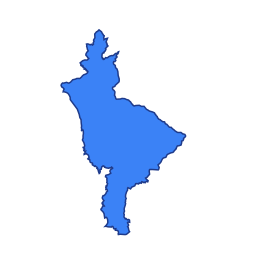 Florián, Santander, Colombia, rotated 255°
{"feature_id": "7082276B44314781423547", "entity_name": "Florián", "entity_type": "district", "adm_level": 2, "iso_a3": "COL", "parent_name": "Colombia", "parent_adm1": "Santander", "projection": "orthographic", "projection_center": [-73.956, 5.787], "detail": "fine", "context": "isolated", "style": "filled", "palette": "blue", "viewbox_px": 256, "rotation_deg": 255, "n_neighbors": 0, "source": "geoboundaries", "source_scale": "gbopen_adm2", "svg_char_len": 5743}
<svg xmlns="http://www.w3.org/2000/svg" viewBox="0 0 256 256"><g transform="rotate(255 128 128)"><path d="M27.4,102.7L28.7,102.3L31.8,102.5L32.9,102.1L33.5,103.1L34.1,103.5L36.6,103.0L36.9,103.1L37.1,103.8L36.5,105.2L38.6,105.6L39.3,105.2L39.5,104.9L39.4,103.7L41.0,102.7L40.8,102.0L41.1,101.7L41.9,101.7L42.7,101.2L43.2,101.1L45.5,102.0L46.3,101.7L47.7,102.4L48.6,103.1L50.3,103.2L51.6,103.7L54.4,105.5L55.9,106.2L56.8,106.0L58.0,106.8L59.1,106.9L60.3,108.0L62.1,107.7L62.9,108.1L63.9,108.3L67.0,110.3L67.9,111.4L70.1,112.1L70.4,112.5L68.5,114.7L69.9,116.3L70.4,119.6L72.2,121.0L72.2,121.7L71.8,122.1L71.8,122.8L71.2,123.6L71.3,123.9L72.0,124.6L71.6,125.2L71.8,125.8L71.2,126.6L71.4,126.9L72.3,127.1L72.6,127.4L71.9,128.5L71.3,128.8L71.4,129.9L70.7,130.3L71.4,131.3L71.6,132.4L70.9,133.1L71.8,133.8L74.3,132.2L75.1,132.0L75.6,134.0L76.8,135.4L77.5,136.7L77.9,136.9L80.8,137.3L82.2,138.0L82.3,138.3L81.5,141.1L79.7,146.4L80.2,147.0L81.8,147.9L84.0,147.5L84.8,147.6L85.4,149.3L86.7,151.1L88.7,152.7L89.6,153.8L89.9,154.8L89.9,157.0L92.0,158.8L92.3,159.4L92.9,162.8L92.8,165.0L93.2,165.9L94.2,167.0L94.8,168.2L95.4,168.7L95.3,169.0L95.5,169.2L96.3,169.6L97.9,171.0L97.7,172.5L97.8,174.8L99.8,176.0L101.5,176.4L101.5,177.4L101.6,177.9L102.9,178.9L103.6,179.0L104.7,181.1L105.0,181.4L105.6,181.6L107.0,181.3L107.9,180.0L108.0,179.5L110.0,178.0L110.8,174.9L111.5,174.1L113.3,172.5L114.1,172.1L116.0,170.6L117.4,170.0L118.0,168.3L118.3,168.0L121.6,166.4L122.4,165.2L124.5,164.9L125.1,163.2L126.7,161.8L127.7,161.2L128.7,159.9L129.1,159.7L129.5,159.7L130.2,159.2L131.5,159.2L132.9,158.3L134.0,158.2L134.7,157.6L135.8,157.5L137.2,155.8L138.8,153.1L140.4,151.7L141.2,150.7L144.8,149.1L145.4,146.6L147.0,144.8L147.7,141.4L147.7,139.7L148.0,139.3L148.6,138.7L149.5,138.6L150.5,137.8L152.6,137.2L153.6,136.4L154.8,135.8L156.0,133.8L157.2,132.4L158.1,129.9L158.0,128.0L158.7,124.9L158.8,124.4L159.4,123.9L161.8,123.8L162.9,123.4L166.2,124.7L167.8,124.3L169.0,123.4L169.7,123.2L170.6,123.4L171.3,123.7L171.6,126.1L172.5,126.7L174.8,131.1L175.7,131.7L177.8,132.2L181.3,132.1L185.1,132.8L187.3,132.7L188.0,132.6L188.9,131.9L190.1,131.6L191.5,131.9L192.3,131.6L192.9,130.9L193.4,130.7L194.8,130.7L195.9,131.4L195.5,132.5L196.4,133.7L198.1,133.5L199.2,135.6L199.7,135.8L200.4,135.2L200.9,135.4L202.2,136.7L202.3,137.5L204.1,138.7L204.1,138.2L203.0,137.2L203.2,135.2L202.0,132.9L201.8,132.1L202.2,131.2L202.2,129.2L201.8,127.6L201.2,126.6L201.4,125.2L201.8,124.6L200.5,122.8L200.6,121.9L201.2,121.7L201.5,121.9L201.8,121.3L202.6,121.6L203.3,121.1L206.0,122.1L206.8,122.7L206.9,123.3L206.7,123.9L207.4,124.1L207.4,124.7L208.0,125.1L208.2,125.8L209.6,127.0L210.0,127.1L210.5,126.8L211.5,128.1L212.2,129.7L212.5,129.9L213.6,129.2L214.0,129.5L214.6,129.3L215.3,129.6L215.8,129.2L216.8,129.1L220.0,131.4L220.0,129.4L219.5,127.7L220.8,127.9L222.1,128.0L222.4,128.5L223.3,128.9L224.0,128.2L224.8,128.2L225.8,127.7L227.8,127.3L230.3,125.4L229.7,124.2L229.2,123.8L229.1,122.5L227.4,120.2L223.7,119.4L222.0,117.6L221.6,117.4L220.6,117.6L218.9,116.1L218.0,116.4L217.8,116.2L217.3,115.1L218.4,114.2L218.1,113.0L219.4,111.4L219.8,110.3L219.8,109.6L218.3,109.6L217.6,109.2L215.8,109.3L214.9,109.1L212.8,109.5L212.0,108.1L210.6,106.7L209.8,106.3L209.0,106.2L207.7,107.0L206.4,107.3L205.4,108.1L204.3,106.5L204.3,105.5L204.9,104.0L204.7,101.6L203.3,98.6L202.9,98.7L202.6,99.0L201.1,99.0L201.0,98.7L200.7,98.7L200.7,99.3L200.1,99.4L200.2,99.9L199.9,99.9L199.7,99.6L199.4,99.8L199.6,100.0L198.9,100.2L199.1,100.5L198.0,100.4L197.6,100.7L197.9,100.9L197.0,101.4L196.5,102.2L196.1,102.3L195.9,101.8L195.8,102.2L195.5,102.2L195.2,102.7L194.5,102.5L194.4,103.0L193.6,103.1L193.6,103.5L193.1,103.9L191.8,103.2L191.0,101.1L190.9,99.1L190.2,97.5L189.4,96.5L188.4,94.6L188.4,93.6L188.7,93.1L189.1,91.3L188.8,89.9L188.9,87.1L187.1,84.3L186.7,82.7L186.9,81.9L188.0,80.5L188.0,77.4L188.4,76.4L187.5,75.0L186.5,74.4L185.4,74.5L184.5,74.8L184.1,75.4L182.4,76.3L182.0,76.3L181.1,75.4L179.7,74.7L179.6,75.5L178.4,77.5L177.3,78.7L176.2,79.3L174.5,79.8L172.6,80.1L170.5,79.6L169.7,79.8L159.4,83.9L153.7,84.4L150.5,84.2L148.2,84.8L144.9,84.1L141.9,83.7L140.3,83.0L138.8,83.1L138.0,82.5L137.5,82.5L137.5,82.8L138.0,83.4L137.9,83.8L137.5,84.1L136.5,84.0L134.2,83.5L132.2,82.6L129.6,81.9L128.7,81.1L128.1,80.9L125.3,81.6L122.2,81.6L120.9,80.9L120.9,79.6L120.6,79.6L119.0,80.7L118.5,80.5L118.2,79.5L117.6,79.5L116.8,80.2L116.6,81.0L116.0,80.2L114.7,80.1L114.6,79.1L113.8,78.8L114.1,81.3L113.6,81.3L112.0,82.7L109.8,82.8L108.6,81.2L107.9,81.6L108.1,82.4L107.5,82.8L105.1,82.6L104.5,82.8L103.3,84.5L103.1,84.6L101.8,84.0L101.3,84.3L100.9,85.0L99.6,85.7L99.8,86.6L98.9,87.1L97.8,88.1L97.0,87.5L96.4,88.3L95.5,88.1L94.8,88.3L93.5,88.2L91.5,88.4L91.7,88.9L92.7,89.7L93.4,90.0L94.2,89.9L95.1,90.3L95.0,91.4L97.1,92.5L97.4,92.8L97.6,94.0L97.9,94.2L97.3,95.0L96.2,95.2L96.2,95.7L95.6,96.0L95.0,96.9L94.1,99.0L94.3,99.6L94.0,100.7L94.5,102.1L93.8,102.4L93.3,102.8L93.0,102.7L92.3,100.6L91.6,99.7L90.7,99.3L88.8,99.7L88.0,97.3L88.1,94.5L87.9,94.2L86.7,93.6L86.0,94.3L84.9,94.7L83.6,94.2L82.0,94.0L80.9,93.4L79.5,93.9L78.7,93.2L77.9,92.9L77.7,91.8L77.4,91.8L76.8,92.1L76.6,91.2L75.1,91.1L74.3,90.7L74.1,91.9L72.4,91.9L71.6,90.4L70.6,89.9L69.6,88.6L68.9,87.3L69.1,86.6L68.8,86.4L68.8,86.0L67.1,85.0L65.2,85.4L64.1,86.0L62.3,83.6L61.9,84.2L60.9,84.0L60.0,84.4L60.2,84.0L58.8,84.6L59.1,83.4L57.4,82.0L56.8,81.0L56.1,80.7L53.4,82.2L51.5,82.7L47.1,82.2L47.4,83.7L47.2,84.1L46.0,84.5L44.7,84.6L42.1,84.1L41.0,83.4L39.6,81.7L38.9,80.5L38.8,81.2L37.7,83.1L36.7,86.1L36.6,86.5L37.1,87.1L36.8,87.8L36.0,88.1L34.5,88.1L34.1,88.8L33.9,90.1L32.8,89.3L32.5,89.3L31.9,91.0L30.8,91.9L29.2,91.7L28.3,91.1L27.6,91.1L27.4,93.0L25.8,97.6L25.7,98.6L26.0,99.7L27.4,102.7Z" fill="#3b82f6" stroke="#1e3a8a" stroke-width="1.5"/></g></svg>